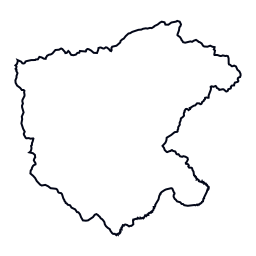 Mae La Noi, Mae Hong Son, Thailand
{"feature_id": "78962969B46384371201306", "entity_name": "Mae La Noi", "entity_type": "district", "adm_level": 2, "iso_a3": "THA", "parent_name": "Thailand", "parent_adm1": "Mae Hong Son", "projection": "orthographic", "projection_center": [98.067, 18.465], "detail": "fine", "context": "isolated", "style": "outline", "palette": "ink", "viewbox_px": 256, "rotation_deg": 0, "n_neighbors": 0, "source": "geoboundaries", "source_scale": "gbopen_adm2", "svg_char_len": 5781}
<svg xmlns="http://www.w3.org/2000/svg" viewBox="0 0 256 256"><path d="M17.6,60.1L17.9,60.8L17.0,63.9L15.4,65.4L16.5,66.4L16.2,68.3L15.6,68.9L16.6,70.0L16.2,70.8L17.5,73.1L16.5,76.0L16.5,77.6L15.4,80.3L15.6,82.8L17.1,85.6L20.2,87.9L21.8,90.0L23.6,90.0L24.4,90.7L24.1,92.4L24.5,94.4L24.5,95.9L22.5,99.9L22.3,101.1L22.9,103.6L22.0,105.7L22.1,107.3L23.6,112.4L21.8,116.6L22.2,119.1L21.4,123.4L23.1,128.7L24.7,131.7L23.8,133.7L23.9,134.7L25.6,137.7L26.3,138.3L28.8,138.1L30.5,138.7L33.2,138.4L33.4,138.6L32.6,141.7L32.0,143.0L31.9,145.0L31.1,145.9L31.5,148.0L31.3,149.4L30.6,151.4L29.4,152.4L32.9,153.2L34.9,154.9L35.2,157.4L34.4,158.4L33.8,160.2L34.4,161.5L35.3,162.8L35.6,163.9L35.5,164.4L33.9,165.1L33.0,165.9L31.9,168.0L31.8,169.1L30.7,170.5L30.4,173.5L33.1,175.8L35.1,178.0L36.8,181.1L40.2,184.7L41.7,185.5L45.3,184.9L48.2,186.3L50.6,188.2L56.0,188.8L57.2,189.6L58.3,192.3L58.9,192.7L61.2,193.2L62.0,194.2L63.4,198.6L64.3,200.0L64.4,200.8L65.6,202.3L65.7,203.0L66.9,203.6L67.7,204.7L70.1,205.3L71.5,207.6L75.2,209.4L77.0,212.1L78.4,212.3L79.9,214.2L81.1,217.3L82.9,220.4L85.9,220.7L88.0,220.4L93.0,217.1L94.7,214.8L96.4,214.1L98.0,215.1L98.6,215.9L99.6,216.6L100.8,218.4L102.0,219.1L103.3,220.5L104.4,222.2L104.8,224.2L105.9,226.1L107.7,227.8L109.7,229.1L110.5,230.9L112.1,233.1L113.2,233.9L114.8,233.8L116.3,235.1L117.0,234.2L117.7,234.6L117.6,234.0L118.5,233.4L119.4,233.7L120.3,232.6L120.5,231.9L120.0,231.8L120.4,229.7L121.6,229.6L121.3,228.6L121.4,227.7L122.1,227.5L122.2,226.5L122.8,225.2L123.8,225.7L124.2,224.9L125.2,224.5L127.1,225.0L129.1,226.4L130.1,225.9L131.4,225.9L133.3,224.3L133.0,220.2L133.3,219.6L133.8,219.9L134.6,219.2L136.3,218.7L136.9,219.0L137.8,217.8L138.8,218.6L140.2,218.5L140.4,217.7L141.6,218.4L142.6,217.9L143.2,218.3L143.4,217.9L143.8,217.9L145.2,215.3L146.2,216.1L146.6,215.5L147.3,215.2L147.3,214.8L148.2,214.9L148.0,214.2L148.2,213.7L149.1,213.3L149.2,212.9L150.6,212.8L150.5,212.3L151.2,211.7L151.8,212.2L152.3,211.9L152.4,210.8L153.4,209.9L153.7,208.2L154.1,208.1L153.8,207.0L154.6,207.0L155.3,205.8L155.2,204.9L158.5,199.4L159.3,195.8L159.8,195.1L159.9,194.2L160.7,193.8L160.7,193.0L161.7,192.0L164.6,190.1L166.1,189.4L171.2,188.2L172.3,188.6L174.0,192.6L174.5,193.1L174.5,193.8L173.7,195.0L173.6,196.7L174.8,199.0L175.6,199.5L177.1,201.4L180.3,202.3L181.6,203.9L183.1,204.1L184.2,205.2L187.8,205.8L194.5,205.0L195.5,205.3L196.9,204.6L197.7,205.1L198.0,204.6L199.0,204.7L199.3,204.1L199.9,204.0L200.4,203.3L200.9,203.3L201.7,202.6L202.0,201.8L203.0,201.4L203.4,198.8L204.1,198.4L204.0,197.6L206.8,191.9L207.2,190.4L207.7,190.2L207.6,189.3L208.6,188.9L208.7,188.2L208.4,188.2L208.2,187.8L208.6,186.9L207.6,186.2L207.5,185.8L206.7,185.4L206.4,185.1L206.7,184.6L205.8,184.1L205.8,183.6L205.0,183.4L204.2,183.7L204.1,182.8L203.3,182.7L203.3,182.1L202.5,182.4L202.1,181.5L201.9,182.0L201.3,182.1L200.9,181.7L199.8,181.6L198.9,181.2L198.9,180.5L198.5,179.8L197.6,179.4L196.7,179.6L196.9,178.6L196.2,178.2L196.0,177.0L195.1,176.6L195.3,176.3L195.0,175.8L194.0,175.2L193.5,171.6L192.6,170.2L192.0,168.1L191.2,167.7L189.2,167.7L188.3,166.5L188.8,165.6L188.4,164.7L187.9,164.2L185.9,163.7L185.8,162.8L186.7,162.0L187.9,159.5L187.5,157.9L185.4,156.7L183.3,156.2L182.2,156.8L180.1,156.3L178.5,154.2L177.3,154.4L176.5,154.0L175.3,151.5L173.0,150.9L172.0,150.1L171.4,150.2L170.6,151.0L169.7,151.1L167.2,152.1L166.6,151.9L164.7,150.0L164.0,147.9L162.5,145.9L165.5,142.6L166.4,140.3L166.7,137.7L171.2,135.0L174.6,132.2L177.2,131.8L177.6,131.4L177.7,129.7L178.2,129.0L178.2,127.2L179.8,124.7L179.6,122.9L180.6,120.6L180.9,118.4L182.7,117.1L184.0,115.7L183.8,113.6L184.2,112.2L184.7,111.8L184.5,110.9L185.7,109.1L186.5,108.9L187.6,109.2L188.6,110.1L189.6,109.2L190.1,109.1L190.3,108.4L190.0,107.9L190.9,107.7L191.1,107.3L193.8,105.7L195.2,105.4L197.1,103.3L199.4,103.4L200.3,104.2L201.0,104.1L201.6,103.6L202.3,101.8L203.6,101.1L204.1,99.8L204.9,99.4L205.1,97.8L206.5,97.5L207.9,97.8L208.6,97.7L208.7,95.3L210.8,89.7L211.0,87.8L210.7,87.3L210.7,86.7L211.7,86.3L213.4,86.8L215.6,86.0L216.2,86.5L216.8,87.9L218.8,89.0L219.3,89.9L223.0,89.2L223.7,89.4L226.0,91.4L226.6,91.5L227.8,90.8L228.3,89.2L230.6,88.5L231.0,87.7L230.9,86.7L231.8,85.6L234.1,85.4L234.1,84.5L234.9,82.6L237.6,81.9L238.2,81.4L238.3,80.6L237.7,79.4L237.9,78.2L238.7,77.5L240.1,77.0L240.6,75.3L240.5,73.8L239.4,71.4L237.4,69.7L236.0,66.5L234.1,65.6L232.7,66.2L231.7,66.2L230.3,64.9L229.0,64.4L228.7,63.5L228.6,58.3L227.9,56.2L226.6,55.8L225.3,56.0L222.8,55.4L221.6,55.9L220.2,56.0L217.4,55.0L214.5,55.0L214.3,54.5L215.0,50.5L213.8,49.4L214.5,48.0L214.6,47.1L212.6,46.8L210.2,45.7L207.5,46.7L204.2,46.5L203.1,45.8L201.6,43.4L199.6,42.1L198.6,41.9L197.9,41.1L196.0,39.9L193.8,40.7L192.1,41.8L190.4,41.4L185.2,42.7L183.1,42.2L182.1,40.5L181.5,40.0L181.2,39.0L180.1,37.2L177.5,35.3L177.5,34.4L179.0,30.3L179.4,27.4L180.4,26.2L181.0,24.4L179.7,21.7L177.2,20.9L176.1,21.6L171.4,22.5L168.4,24.7L165.4,24.6L164.5,22.3L161.7,21.7L160.0,22.6L157.7,24.5L154.4,26.1L154.0,26.7L151.7,28.1L150.0,27.9L147.4,28.6L145.9,28.3L143.0,28.8L141.3,29.6L138.5,29.8L132.2,31.9L130.1,33.2L128.5,33.5L125.7,36.1L123.7,38.7L122.4,39.3L120.6,40.9L120.2,42.5L116.5,45.7L112.2,46.7L111.4,48.1L111.6,50.2L111.1,51.1L110.0,50.6L109.0,49.2L107.0,47.6L105.9,47.3L104.1,48.5L103.1,48.5L100.8,47.5L100.1,47.5L98.5,48.0L98.2,49.9L97.0,53.0L93.7,52.8L91.2,50.6L88.7,49.2L87.4,49.0L86.2,50.0L85.9,51.4L85.7,51.5L79.9,51.0L79.3,52.7L77.4,52.9L75.9,54.6L73.5,55.2L71.3,54.9L70.9,54.5L69.3,51.9L68.3,51.0L66.7,52.9L65.4,53.1L65.0,52.1L62.3,49.0L61.1,48.5L59.0,49.7L55.4,50.0L52.4,53.5L50.6,54.5L49.2,54.6L47.1,55.7L46.7,56.6L46.0,57.4L45.7,58.8L43.9,58.7L41.6,57.4L39.4,56.9L37.9,59.3L35.7,59.5L35.2,60.0L31.2,60.1L26.6,61.1L25.5,61.5L25.0,62.7L23.8,63.5L22.4,63.3L21.2,61.7L17.6,60.1Z" fill="none" stroke="#020617" stroke-width="2"/></svg>